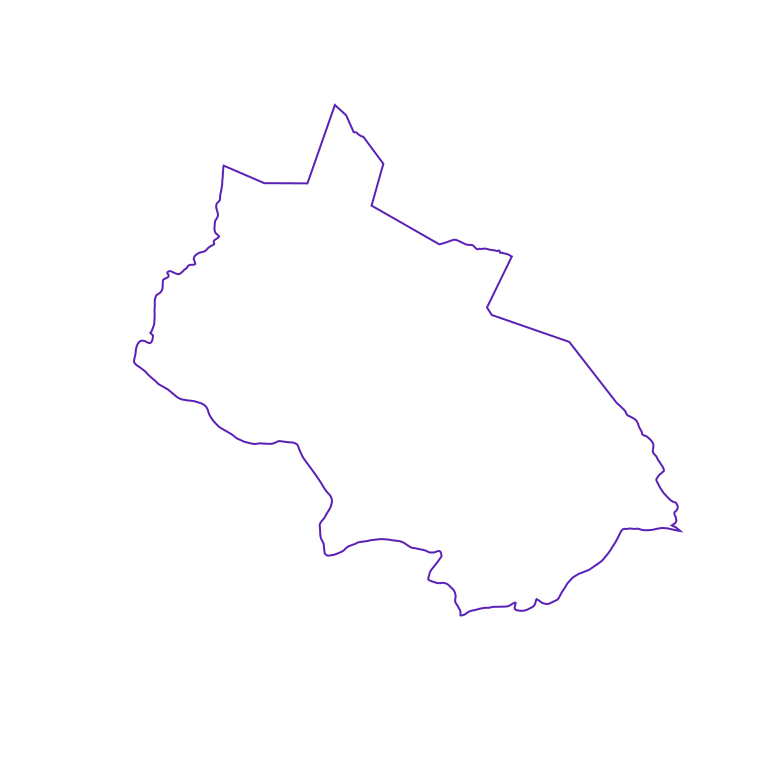 the district of San Antonio de Flores, El Paraíso, Honduras, rotated 63°
{"feature_id": "27666195B39425544771184", "entity_name": "San Antonio de Flores", "entity_type": "district", "adm_level": 2, "iso_a3": "HND", "parent_name": "Honduras", "parent_adm1": "El Paraíso", "projection": "albers", "projection_center": [-86.823, 13.709], "detail": "fine", "context": "isolated", "style": "outline", "palette": "violet", "viewbox_px": 768, "rotation_deg": 63, "n_neighbors": 0, "source": "geoboundaries", "source_scale": "gbopen_adm2", "svg_char_len": 6153}
<svg xmlns="http://www.w3.org/2000/svg" viewBox="0 0 768 768"><g transform="rotate(63 384 384)"><path d="M624.8,420.9L625.2,420.5L625.6,419.5L626.0,417.5L625.9,415.7L625.6,413.7L625.4,412.4L625.6,409.6L626.9,404.6L627.9,399.8L629.2,395.8L631.2,391.7L631.9,388.4L637.3,377.2L638.0,375.4L638.3,374.1L638.4,372.6L638.1,368.6L638.2,367.2L638.3,366.5L638.6,366.1L639.1,366.2L639.9,366.8L641.5,368.4L642.9,369.3L643.7,369.5L644.5,369.3L645.6,368.7L647.0,366.9L648.5,364.5L649.5,362.2L649.8,360.8L650.1,358.8L650.1,354.0L650.0,352.1L649.5,350.7L648.7,349.4L645.4,346.4L645.0,345.7L646.8,344.5L651.0,342.4L652.8,340.4L654.0,338.7L654.5,337.5L654.7,336.4L654.9,327.5L654.7,326.9L654.3,325.9L650.2,320.0L648.8,317.4L644.8,310.8L643.5,307.4L642.2,303.8L641.9,301.5L641.6,296.7L642.7,285.7L640.9,272.3L640.5,270.4L640.1,269.0L637.2,262.3L634.9,257.7L632.8,254.4L630.0,249.5L625.9,243.7L623.0,239.9L622.2,238.3L621.9,237.2L622.0,236.2L622.3,235.3L623.5,233.4L623.8,232.0L624.3,230.8L625.1,229.3L626.3,227.6L628.4,223.1L630.1,221.5L631.8,219.4L632.9,217.6L634.1,215.2L635.7,211.3L636.8,207.0L638.2,202.3L638.6,201.4L641.3,197.0L643.3,194.5L647.1,190.0L649.4,186.8L643.9,189.2L643.3,189.8L642.1,190.8L640.6,191.8L640.4,188.8L640.2,187.9L639.8,187.0L638.7,185.6L635.7,184.6L634.8,184.5L632.7,184.5L631.6,184.2L630.8,183.9L630.3,183.5L630.0,183.1L629.9,182.2L629.7,181.5L628.7,179.4L627.3,178.3L625.9,177.8L624.4,177.6L622.5,177.8L621.6,178.4L620.2,179.9L617.7,181.4L612.8,183.0L608.1,184.3L605.5,184.7L601.4,185.1L593.9,185.1L593.1,184.9L592.4,184.5L590.7,181.6L589.8,179.4L588.7,174.5L588.5,174.1L588.0,173.8L586.6,173.4L584.7,173.3L575.1,174.3L572.3,174.2L568.6,175.2L566.9,175.3L566.2,175.1L565.4,174.7L562.5,172.7L560.8,171.6L559.3,171.3L557.6,171.3L556.2,171.5L554.4,172.0L550.6,173.4L549.5,174.0L547.8,175.8L546.4,176.6L545.4,176.6L543.9,176.1L542.0,176.1L539.4,176.3L533.9,175.7L532.2,175.7L530.9,175.9L529.6,176.3L528.2,177.1L524.9,179.3L522.9,181.0L522.3,181.3L520.1,181.5L518.8,181.5L518.0,181.3L517.3,181.4L512.4,183.0L509.6,184.0L507.2,185.0L505.8,185.4L430.6,199.8L371.5,256.6L362.6,257.5L328.4,212.2L327.3,213.1L325.4,214.2L324.5,214.9L321.3,218.7L320.6,219.3L320.2,219.9L320.1,220.7L319.9,220.9L319.4,221.1L318.8,220.8L317.9,220.7L317.5,220.8L317.2,221.0L317.0,221.4L317.0,222.5L316.4,223.5L315.3,224.6L313.0,227.9L311.7,229.6L310.2,231.1L309.6,231.9L308.7,233.7L307.8,236.1L306.8,237.7L306.6,239.0L306.2,239.7L305.1,240.5L301.4,241.6L300.7,241.9L299.3,243.8L298.0,246.2L296.7,247.8L289.9,252.9L287.9,254.9L287.1,256.5L285.7,266.7L284.7,271.3L219.4,314.1L187.5,284.6L154.2,290.2L153.8,291.0L152.2,292.2L149.8,293.6L148.0,294.1L147.1,294.7L145.8,296.7L127.5,295.7L113.1,301.1L170.5,361.1L150.7,399.5L116.7,427.7L118.2,429.0L120.5,430.2L122.5,431.6L125.9,433.4L129.6,435.9L132.6,437.5L138.3,441.6L140.8,443.8L145.4,446.6L145.7,447.0L146.3,448.1L147.3,451.1L147.9,451.7L148.7,452.4L149.8,453.0L151.0,453.5L156.4,454.6L157.7,455.0L158.7,455.6L159.7,456.6L162.3,460.7L168.3,464.4L169.1,464.8L170.4,465.2L172.6,465.6L173.7,465.3L176.6,464.1L177.5,464.0L177.9,464.2L178.3,465.2L178.6,467.3L178.8,469.4L179.1,470.3L179.5,470.8L180.1,471.2L181.0,471.5L182.1,471.7L182.3,471.9L182.4,472.3L182.5,473.4L182.5,475.8L182.8,478.2L183.1,479.3L183.9,481.5L184.4,483.3L183.2,489.3L183.3,491.6L183.8,493.9L184.7,495.5L186.2,496.8L190.9,497.4L191.3,497.7L191.5,498.2L191.5,498.8L191.2,499.6L189.9,502.5L189.7,503.5L189.7,504.4L190.0,505.5L190.9,506.6L191.2,507.4L191.3,508.3L191.4,509.7L192.2,511.7L192.7,513.7L193.1,515.4L193.1,516.7L192.5,517.9L190.8,519.6L187.4,522.2L186.5,523.1L186.1,523.8L185.9,524.5L186.0,525.5L186.2,526.3L186.5,526.6L187.2,526.8L188.5,526.5L189.3,526.5L189.7,526.7L190.4,527.3L190.8,528.3L190.7,532.5L190.9,533.3L191.3,533.8L192.1,534.4L198.3,537.9L199.4,539.1L200.4,540.4L201.0,541.9L201.5,546.4L202.7,547.9L204.3,549.5L206.0,550.6L211.0,553.1L214.1,555.0L218.8,557.2L226.1,561.4L227.3,562.5L231.5,567.1L232.4,569.0L236.0,567.8L239.5,570.2L241.0,572.2L241.4,573.9L240.9,574.7L239.4,576.1L238.0,577.0L237.0,577.8L235.4,580.0L235.1,581.5L235.6,583.5L236.4,585.2L237.6,586.6L239.4,588.4L240.7,589.4L244.6,591.9L246.8,593.8L249.0,595.6L250.8,596.7L252.1,596.7L253.1,596.5L255.0,595.8L258.8,593.7L264.8,590.9L268.4,590.0L272.7,588.4L277.3,586.4L281.7,585.0L290.8,579.0L301.4,574.5L303.9,572.9L305.9,571.2L309.2,566.8L312.7,561.4L317.9,555.9L320.8,553.8L323.7,552.8L325.7,552.7L328.0,552.9L330.9,553.5L333.8,553.5L337.6,553.1L340.2,552.6L346.6,550.7L349.1,549.4L358.7,543.2L361.6,541.6L364.2,540.5L366.1,539.5L369.2,536.9L371.2,535.4L372.6,534.1L374.1,532.3L375.6,530.7L378.6,526.8L379.0,525.9L380.4,521.8L384.8,514.2L386.3,511.2L386.6,510.0L386.8,508.8L387.0,504.4L387.2,503.6L387.6,502.7L392.4,495.8L394.8,491.7L397.0,489.7L398.5,488.8L399.9,488.7L404.0,489.2L407.7,489.4L411.3,489.5L413.4,489.4L417.5,488.8L427.1,487.2L438.0,485.6L444.2,484.9L448.3,484.7L450.5,484.5L455.0,483.7L457.9,482.8L459.1,482.6L460.9,482.6L462.7,482.8L464.3,483.3L465.7,484.1L467.6,485.7L469.3,487.4L471.1,489.9L474.0,494.7L476.2,497.8L477.7,501.4L478.9,503.7L479.7,504.6L480.6,505.4L484.5,507.0L488.4,508.8L491.7,510.0L493.6,510.3L496.3,510.2L498.9,510.3L507.8,513.7L509.0,513.5L510.4,512.9L511.3,512.1L511.9,511.0L513.4,506.3L513.8,503.7L514.2,498.3L514.1,496.2L513.9,494.9L512.9,492.2L512.5,489.1L513.4,481.7L513.3,480.4L513.4,479.0L513.7,477.7L516.5,469.7L516.9,467.5L520.5,457.7L522.6,453.9L524.7,450.6L527.0,447.5L530.6,442.2L531.8,440.7L533.1,439.5L534.2,438.6L540.4,435.1L542.4,433.7L543.1,432.9L544.5,430.7L546.7,428.1L550.0,423.9L552.1,421.9L553.8,420.7L554.6,420.0L555.7,418.3L556.7,416.3L556.9,415.5L557.1,413.4L557.4,411.7L557.8,410.7L558.5,410.1L559.4,409.9L560.6,409.9L563.1,410.7L563.8,411.2L564.3,412.1L567.6,418.6L570.7,425.5L571.6,427.0L572.5,428.4L573.4,429.3L576.3,432.0L577.5,433.0L578.0,433.2L578.4,433.2L579.0,433.0L580.5,432.0L585.5,427.0L587.0,424.3L587.2,423.6L587.4,422.7L587.7,422.1L588.8,420.6L590.3,418.9L591.2,418.3L592.6,417.7L598.3,415.7L599.7,415.5L600.8,415.4L602.3,415.6L604.2,416.0L605.8,416.6L608.2,418.3L610.6,419.5L612.4,419.4L615.2,419.1L620.8,419.0L623.2,420.0L624.8,420.9Z" fill="none" stroke="#5b21b6" stroke-width="2"/></g></svg>